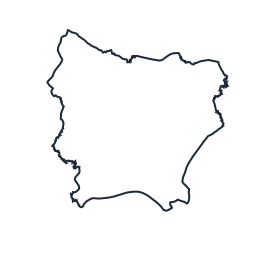 Xaythany, Vientiane [prefecture], Laos (Mercator projection), rotated 287°
{"feature_id": "54806243B16467343540184", "entity_name": "Xaythany", "entity_type": "district", "adm_level": 2, "iso_a3": "LAO", "parent_name": "Laos", "parent_adm1": "Vientiane [prefecture]", "projection": "mercator", "projection_center": [102.749, 18.15], "detail": "fine", "context": "isolated", "style": "outline", "palette": "slate", "viewbox_px": 256, "rotation_deg": 287, "n_neighbors": 0, "source": "geoboundaries", "source_scale": "gbopen_adm2", "svg_char_len": 5722}
<svg xmlns="http://www.w3.org/2000/svg" viewBox="0 0 256 256"><g transform="rotate(287 128 128)"><path d="M74.2,207.3L77.5,207.3L81.7,206.2L83.6,205.1L85.3,204.6L86.6,204.6L87.4,204.2L90.3,199.2L91.2,197.2L92.5,195.7L96.8,195.0L102.0,195.5L107.6,195.5L112.6,196.4L119.8,198.4L137.6,204.6L143.6,206.9L147.1,210.7L148.8,211.6L150.0,212.8L153.1,214.9L155.4,216.8L157.7,218.4L157.8,217.7L158.0,217.6L159.0,217.9L160.4,217.9L161.3,216.3L161.7,216.3L161.9,215.9L162.4,216.1L162.5,216.0L162.5,215.3L163.3,215.8L163.9,215.0L164.4,214.8L164.3,214.0L164.6,213.5L164.8,213.5L165.1,214.2L165.4,214.1L165.6,213.3L166.2,213.3L166.4,212.9L166.9,212.9L167.0,212.2L167.3,212.1L167.6,212.6L168.0,212.6L168.4,211.4L167.4,210.7L168.2,210.8L168.5,210.5L168.8,210.9L168.9,210.4L168.4,209.7L168.5,209.2L169.0,208.9L169.6,209.2L169.7,208.9L170.1,208.9L169.7,208.3L170.4,208.6L170.4,208.1L170.1,207.6L170.5,207.1L176.5,203.6L179.1,201.6L179.5,201.5L181.1,202.3L181.7,202.0L181.6,201.5L181.8,201.4L182.0,201.4L182.2,202.2L184.0,201.9L184.2,203.1L183.7,203.1L184.0,203.5L184.1,204.5L184.8,204.5L184.8,205.2L185.2,205.6L185.8,205.6L186.1,206.3L187.1,206.7L187.6,207.4L188.0,206.8L188.2,207.5L188.7,206.9L189.2,207.0L189.4,206.6L189.9,206.6L190.2,205.5L191.0,205.5L191.2,205.9L191.6,205.2L191.3,204.7L192.1,204.9L192.7,204.6L193.5,204.5L194.8,204.9L195.1,204.7L195.3,205.2L195.7,205.4L195.1,206.3L194.7,207.7L195.3,207.7L195.1,207.0L195.4,206.6L195.8,206.5L196.5,207.5L197.3,208.2L196.3,208.9L196.1,209.3L196.4,209.9L196.1,210.0L197.4,211.1L198.2,209.4L198.6,209.4L198.8,209.8L199.2,209.6L199.4,208.9L198.9,208.1L199.0,207.5L199.8,207.3L200.4,207.9L200.7,208.9L201.2,209.0L200.5,207.4L201.5,205.7L202.3,205.8L203.2,206.3L202.9,207.3L203.5,207.6L203.5,207.8L204.3,207.7L204.0,207.2L204.8,207.4L205.0,207.9L205.5,207.7L206.4,207.7L207.1,205.8L206.7,205.2L207.2,204.9L207.7,203.7L209.1,202.6L212.0,199.4L215.4,196.3L217.5,195.1L216.6,185.1L213.5,178.7L211.9,176.4L210.1,174.3L209.6,173.4L209.6,172.8L208.3,172.5L207.9,172.1L207.8,171.1L208.1,169.6L209.1,167.4L208.6,166.2L208.1,165.9L208.0,165.0L207.5,164.3L208.1,164.1L207.7,163.2L207.9,163.0L208.4,162.9L208.0,162.5L208.7,161.7L208.8,160.5L209.1,159.9L208.9,159.3L209.9,159.0L210.0,158.1L210.6,158.3L210.8,157.5L211.6,157.8L212.1,156.6L212.8,156.2L213.4,155.5L214.1,155.2L214.4,154.0L214.1,153.0L213.4,151.6L212.9,149.9L211.4,147.5L209.2,145.4L203.6,141.2L202.6,140.1L201.6,138.1L200.7,131.1L200.0,123.1L199.9,120.1L199.6,118.7L199.7,116.5L198.6,112.5L198.1,113.0L198.2,113.8L197.5,113.9L197.4,112.8L197.9,111.8L197.7,111.0L196.6,111.0L195.9,111.5L194.3,110.6L193.7,109.9L193.4,110.0L193.3,111.1L193.0,111.3L191.4,110.9L191.3,110.5L191.9,110.0L190.7,108.5L190.8,108.1L191.5,107.6L192.6,107.5L193.1,106.6L192.6,102.9L194.4,97.9L193.9,94.3L194.2,93.8L195.0,93.5L195.3,92.9L195.1,92.4L194.6,92.1L194.4,91.6L194.4,91.1L197.1,89.5L197.6,88.9L195.7,86.8L195.6,85.7L194.1,85.0L194.2,83.4L192.9,82.5L192.9,81.9L193.6,81.1L194.5,79.5L194.1,78.5L194.1,77.9L195.2,75.1L196.0,68.9L196.6,67.5L197.4,64.3L199.5,60.5L200.0,58.2L200.8,56.3L201.2,54.3L202.5,52.5L203.1,51.2L203.3,50.1L203.1,46.6L204.1,42.0L199.3,41.9L197.8,41.0L196.8,39.2L195.8,38.4L194.5,37.9L189.9,38.5L187.9,37.9L184.2,37.7L181.7,38.2L180.8,38.9L176.0,43.2L175.0,44.6L174.4,45.1L173.6,45.2L169.7,44.5L161.8,41.5L159.6,41.0L156.2,40.9L154.7,40.5L149.7,38.0L148.2,37.6L147.8,37.8L145.8,40.4L144.9,42.2L144.5,43.9L143.9,44.6L142.0,44.1L140.4,44.0L138.2,45.6L136.8,47.9L136.9,48.4L138.1,49.3L137.3,50.9L137.2,52.4L137.5,53.4L137.1,54.9L136.6,55.2L136.2,54.8L135.9,54.8L135.5,55.6L135.2,55.6L134.5,56.5L133.4,56.3L133.2,57.3L131.7,57.7L130.2,59.5L129.4,59.9L129.5,60.2L122.7,59.7L117.0,61.0L116.4,62.7L114.7,64.5L114.3,64.7L114.0,64.6L112.5,65.2L109.2,65.6L108.6,66.2L106.9,65.2L106.0,65.1L105.5,65.7L105.3,65.2L104.5,65.5L104.2,64.9L103.8,65.1L103.2,64.6L102.7,64.7L102.2,64.3L101.4,64.1L101.0,64.3L101.0,65.2L99.1,63.6L98.2,64.0L98.2,62.8L97.4,62.3L96.2,62.4L95.3,62.9L94.6,62.5L94.5,62.2L93.8,62.6L92.7,62.5L90.6,61.9L90.3,61.4L89.9,61.4L89.1,60.8L88.6,60.9L88.4,61.1L88.7,62.0L88.1,62.9L87.5,63.2L86.0,63.5L86.1,64.5L85.5,64.5L84.7,65.2L85.1,67.1L84.7,67.7L85.0,67.9L85.4,67.9L85.6,67.5L85.8,68.2L85.5,68.5L85.1,68.6L84.0,69.9L82.5,69.7L81.9,69.8L81.7,70.2L81.0,70.4L81.2,70.9L81.0,71.1L81.2,71.4L80.4,71.7L80.2,72.6L79.9,73.1L79.3,73.3L79.6,73.7L79.5,74.0L78.5,74.6L78.8,74.8L78.6,75.2L78.9,75.4L79.2,75.8L79.0,76.5L78.3,77.4L78.0,77.2L77.9,76.4L77.4,76.5L77.0,77.3L76.9,78.2L76.3,79.1L76.5,79.5L77.1,78.9L77.9,78.9L78.9,79.5L79.4,80.5L78.9,81.5L79.7,82.1L79.5,83.8L80.1,84.3L79.9,84.7L78.7,85.0L79.3,85.3L79.5,86.1L80.1,86.5L80.0,86.9L80.7,87.3L79.4,87.8L79.3,88.5L78.5,88.7L78.2,88.1L79.1,87.2L78.8,86.9L77.4,87.4L77.0,88.2L76.4,88.4L75.4,88.3L75.6,87.4L75.3,87.1L73.9,87.9L73.7,89.2L75.0,90.2L76.1,90.6L76.6,92.9L75.8,92.9L72.4,94.4L70.5,94.4L65.9,92.2L64.3,92.0L63.6,92.1L62.2,93.0L58.8,97.4L57.5,98.3L55.8,99.0L54.7,98.7L52.0,97.1L50.8,95.6L50.6,94.2L49.8,94.5L49.2,94.2L48.7,93.6L48.6,92.7L47.9,92.7L47.4,93.3L47.0,93.4L47.1,94.0L45.8,94.0L45.2,94.2L45.1,94.7L44.7,94.8L44.3,95.8L44.1,95.8L43.6,95.1L43.7,95.9L42.6,96.4L43.6,96.6L43.8,96.9L43.0,97.1L42.8,97.5L42.2,97.2L42.2,97.6L42.8,98.8L43.7,99.1L43.4,99.4L43.9,100.1L43.2,100.4L42.9,100.2L42.2,101.4L40.5,102.9L40.1,103.8L39.4,103.6L39.3,104.0L38.5,105.6L38.7,106.9L40.1,108.0L41.9,107.9L46.0,110.0L49.2,113.0L50.7,115.0L51.9,120.5L52.6,122.4L56.1,130.5L58.6,135.0L65.8,145.6L67.7,149.5L69.6,154.5L70.2,157.8L70.2,159.5L70.1,161.9L69.1,166.9L65.4,176.9L62.9,182.1L60.1,185.9L60.0,188.6L60.8,190.0L64.2,193.3L64.9,193.3L66.2,191.5L68.4,190.1L69.4,190.3L70.9,193.6L72.4,195.3L74.0,196.4L73.7,201.8L73.9,203.5L73.0,206.2L74.2,207.3Z" fill="none" stroke="#1e293b" stroke-width="2"/></g></svg>